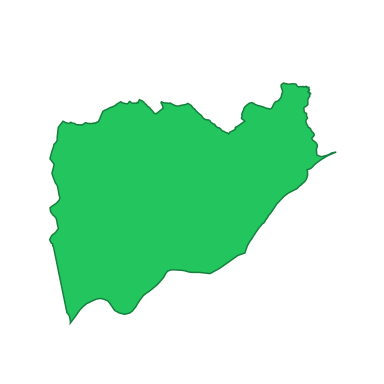 outline of Zambrano, Bolívar, Colombia, rotated 77°
{"feature_id": "7082276B24623397402700", "entity_name": "Zambrano", "entity_type": "district", "adm_level": 2, "iso_a3": "COL", "parent_name": "Colombia", "parent_adm1": "Bolívar", "projection": "natural_earth1", "projection_center": [-74.909, 9.762], "detail": "fine", "context": "isolated", "style": "filled", "palette": "green", "viewbox_px": 384, "rotation_deg": 77, "n_neighbors": 0, "source": "geoboundaries", "source_scale": "gbopen_adm2", "svg_char_len": 5861}
<svg xmlns="http://www.w3.org/2000/svg" viewBox="0 0 384 384"><g transform="rotate(77 192 192)"><path d="M292.3,340.0L285.9,332.4L281.8,327.9L279.3,324.2L277.2,320.1L275.9,314.6L274.8,309.0L275.2,304.9L276.7,301.9L279.3,298.4L281.8,297.2L290.0,294.0L293.5,290.1L296.0,285.2L295.9,280.1L294.7,277.0L291.0,272.4L288.8,270.4L285.3,266.7L281.9,262.7L280.3,259.2L279.3,256.4L276.3,250.2L274.8,247.3L273.2,244.8L268.7,238.7L265.7,236.2L263.7,233.7L263.4,232.3L263.2,229.8L264.1,225.9L265.8,220.3L266.9,217.2L269.3,212.9L270.3,210.0L272.1,202.6L274.1,196.8L275.4,193.4L275.4,192.2L272.5,182.0L264.1,161.5L263.3,154.2L256.9,150.2L253.4,147.0L251.6,144.9L249.4,142.7L245.9,139.1L241.9,134.7L239.0,130.8L238.2,128.8L237.8,128.4L237.4,127.9L235.7,126.6L235.6,126.3L234.8,125.2L233.3,123.6L231.9,122.8L231.6,121.8L230.4,120.5L230.3,120.2L227.2,116.7L222.8,112.2L216.9,103.3L214.7,98.4L212.2,88.5L211.0,87.1L209.3,83.3L208.7,83.1L208.6,82.9L208.2,81.6L207.8,80.7L206.7,79.2L205.5,78.0L204.4,77.1L201.7,75.6L198.0,74.8L197.2,74.7L196.2,74.9L196.0,74.3L196.0,73.5L196.1,73.3L196.0,72.0L195.5,70.4L194.7,68.9L193.8,67.7L192.7,66.0L191.6,63.9L189.1,57.8L188.6,55.9L187.8,53.9L186.9,50.5L185.8,44.2L185.7,42.6L185.4,43.4L185.4,46.4L185.4,47.2L185.9,48.9L186.1,49.5L186.5,52.0L186.7,53.5L186.7,57.7L186.3,58.8L185.4,60.3L184.3,61.6L183.9,61.9L182.7,61.9L181.5,61.6L178.8,61.3L177.5,60.9L177.1,60.4L175.6,59.5L173.7,59.4L172.3,59.9L171.9,60.2L170.4,61.1L169.2,62.2L168.7,62.5L168.3,62.8L166.9,63.2L166.5,63.0L166.0,62.6L165.4,61.5L164.3,60.3L163.9,60.1L162.3,60.1L162.0,60.5L161.4,60.6L160.2,61.5L159.8,61.7L158.0,62.2L157.1,62.2L155.8,63.1L155.6,63.6L155.2,64.1L152.5,64.7L150.3,65.3L147.9,64.9L147.1,64.2L146.6,63.4L146.1,62.9L145.9,62.8L145.1,62.8L144.9,62.9L144.6,63.3L142.9,63.2L141.3,62.7L141.0,62.9L140.2,64.2L139.5,64.6L139.0,64.6L135.7,64.2L135.1,63.9L134.5,63.1L134.1,61.6L133.7,60.7L132.9,59.5L132.8,59.4L130.2,58.8L128.4,58.5L127.8,58.2L126.3,57.1L125.4,55.8L123.9,55.7L122.9,54.3L122.7,54.3L122.5,54.6L122.2,54.6L122.1,55.0L121.8,55.0L121.7,55.6L121.4,55.6L121.3,56.0L120.6,56.4L120.0,56.1L119.9,55.9L119.5,55.7L119.7,55.1L119.0,55.1L118.8,54.7L118.5,54.5L118.3,54.7L117.6,54.9L117.3,55.3L116.5,54.5L116.4,54.5L116.4,55.2L116.0,55.6L115.7,56.1L115.7,56.8L115.6,57.0L115.4,57.1L115.1,56.5L114.9,56.7L114.7,57.6L114.7,58.2L115.0,58.6L114.8,59.1L114.7,59.7L114.4,59.9L114.3,60.3L114.1,60.3L114.0,61.9L113.6,62.7L113.7,63.9L113.6,64.4L113.5,64.6L112.4,65.7L110.2,66.5L109.5,68.4L109.1,70.2L108.8,72.8L108.5,74.2L107.7,75.9L106.5,78.1L106.5,78.7L107.6,80.8L107.8,81.0L108.3,81.3L110.5,81.5L111.6,81.2L113.4,81.1L114.7,81.2L115.1,81.3L115.5,81.5L116.1,82.1L119.3,83.7L120.5,84.6L120.9,85.3L121.4,85.7L122.0,86.7L122.5,87.2L122.6,87.6L122.7,89.7L123.2,90.9L123.8,91.7L124.4,92.3L127.1,94.5L128.2,95.5L128.7,96.3L128.8,96.9L128.6,97.7L127.9,98.7L127.5,100.0L126.8,101.1L125.6,102.9L124.1,105.2L122.8,108.0L120.8,110.9L120.3,111.5L119.7,111.6L119.2,112.6L118.4,113.5L118.4,114.3L118.4,115.8L118.5,116.5L119.7,119.1L120.2,120.0L120.7,120.7L121.1,121.5L121.5,121.9L122.6,122.8L123.7,123.4L124.6,124.0L125.2,124.5L127.3,125.9L129.1,126.2L129.5,126.1L130.9,127.1L131.4,127.2L132.2,126.8L132.6,126.5L133.1,125.9L134.9,124.7L135.1,124.7L135.8,127.0L138.2,132.7L138.5,133.6L138.6,134.8L138.8,135.1L139.3,135.5L140.4,135.6L140.8,136.1L141.1,136.8L141.3,138.0L142.2,141.6L143.3,142.8L143.7,143.3L143.1,143.6L142.3,144.4L141.8,145.4L141.5,145.9L140.0,147.3L139.5,148.5L139.3,148.8L137.1,149.9L135.6,151.0L135.1,152.3L134.8,152.7L133.5,153.6L132.9,154.5L132.7,154.5L132.1,154.4L131.2,154.6L130.9,155.1L130.4,155.9L128.6,157.7L128.1,158.0L126.6,158.5L126.0,159.0L125.6,159.6L125.3,160.3L124.8,162.1L123.6,163.4L122.8,164.2L122.1,164.6L120.2,165.4L119.1,166.0L118.4,166.7L116.1,168.3L114.1,169.7L111.9,170.6L110.4,172.0L109.8,172.4L108.4,172.8L107.9,173.0L107.3,173.5L104.7,176.1L105.4,178.7L105.1,182.1L105.2,182.9L105.1,184.4L105.2,186.0L105.1,187.0L103.8,189.2L101.7,191.9L100.6,192.9L100.4,193.2L100.5,193.9L100.4,194.5L99.5,196.8L99.2,198.4L98.5,199.9L97.2,201.5L98.1,202.1L100.0,201.5L101.8,201.3L103.5,201.3L103.8,201.2L107.8,209.4L107.0,210.5L106.7,211.2L104.7,212.0L99.7,214.8L98.2,216.3L97.1,216.6L95.5,217.8L93.4,218.9L92.2,219.8L90.3,222.4L91.8,223.9L92.5,224.1L93.0,225.1L92.5,225.5L92.9,226.0L93.0,226.6L92.9,226.9L92.6,227.2L92.4,228.2L92.2,228.8L92.3,229.1L92.3,229.9L91.0,231.3L90.7,231.4L90.0,231.9L89.7,232.4L89.8,232.8L90.6,233.5L91.1,234.2L91.5,235.1L91.4,235.5L91.1,236.5L90.4,237.8L90.0,239.0L89.2,240.0L88.0,241.1L89.7,246.2L89.8,246.4L90.2,246.5L90.3,246.7L90.7,248.4L90.8,248.8L91.0,249.9L91.3,250.4L91.2,251.4L91.3,252.7L91.4,253.3L92.0,254.8L92.2,256.4L92.8,257.7L92.8,258.1L92.6,258.4L93.3,260.5L93.6,260.8L95.5,262.3L95.6,262.5L96.5,262.9L97.3,263.6L97.9,263.9L98.1,264.3L99.1,264.7L100.3,265.5L100.8,266.2L101.6,266.6L101.7,267.0L102.4,267.5L102.7,268.6L102.6,269.2L102.6,269.4L103.0,270.4L103.4,270.6L103.0,271.2L102.6,272.5L102.9,273.9L101.5,278.7L100.7,279.5L100.6,280.6L101.6,282.8L101.9,284.0L100.4,289.5L98.7,291.1L97.6,293.7L96.8,294.3L97.5,296.6L96.2,299.1L94.0,301.8L98.9,307.7L101.6,308.7L103.8,309.4L105.9,310.2L108.8,311.2L111.1,311.6L112.7,313.0L113.7,314.3L114.5,315.7L116.3,316.5L119.8,318.7L122.4,320.2L127.6,322.9L134.0,320.1L139.5,322.8L141.0,323.7L142.6,324.3L147.2,323.8L152.6,323.0L154.6,322.1L156.6,321.7L166.3,322.2L167.7,321.9L169.9,323.1L172.3,326.4L174.7,332.5L175.5,333.9L179.3,334.2L183.2,332.7L184.7,331.5L186.7,330.4L189.5,330.2L193.3,330.5L195.6,330.4L197.5,330.4L200.5,333.8L201.6,335.8L202.1,337.2L203.0,338.6L205.1,340.4L206.6,341.4L207.1,341.2L207.7,341.3L208.4,340.9L210.0,340.7L210.3,340.5L210.9,339.7L211.3,339.5L211.8,339.4L212.8,339.8L213.2,339.8L214.5,339.3L281.5,341.0L282.8,340.2L283.9,339.9L284.9,339.4L288.3,339.4L289.4,339.5L290.6,339.5L292.3,340.0Z" fill="#22c55e" stroke="#15803d" stroke-width="1.5"/></g></svg>